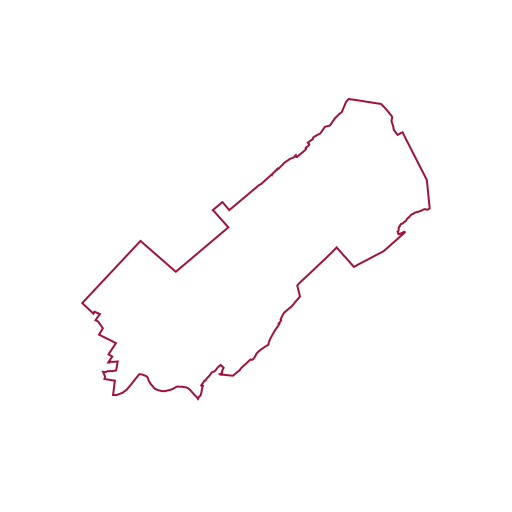 Calopar, Dolj, Romania (Natural Earth projection), rotated 126°
{"feature_id": "2599482B22631424246378", "entity_name": "Calopar", "entity_type": "district", "adm_level": 2, "iso_a3": "ROU", "parent_name": "Romania", "parent_adm1": "Dolj", "projection": "natural_earth1", "projection_center": [23.749, 44.163], "detail": "fine", "context": "isolated", "style": "outline", "palette": "rose", "viewbox_px": 512, "rotation_deg": 126, "n_neighbors": 0, "source": "geoboundaries", "source_scale": "gbopen_adm2", "svg_char_len": 4800}
<svg xmlns="http://www.w3.org/2000/svg" viewBox="0 0 512 512"><g transform="rotate(126 256 256)"><path d="M402.0,344.6L404.5,337.4L411.9,336.8L408.8,318.1L422.3,317.5L421.8,313.2L429.0,312.9L428.3,311.9L427.4,312.0L425.2,308.8L422.6,305.9L430.7,301.9L433.3,304.2L434.2,305.5L435.3,306.8L436.5,308.4L438.0,309.3L438.7,310.0L439.6,311.7L442.2,307.3L444.6,306.3L439.8,296.9L452.5,289.9L452.2,289.4L450.6,287.2L445.2,283.6L442.6,282.8L440.0,282.0L432.9,281.5L426.1,281.3L423.3,281.1L420.5,281.0L419.9,280.5L419.8,280.2L419.2,279.2L418.7,278.0L417.9,275.1L417.7,273.0L418.4,271.6L420.0,269.4L421.4,266.0L422.2,262.6L422.9,259.9L422.0,256.2L420.6,252.7L418.8,250.1L417.2,248.9L415.1,246.9L412.5,245.2L410.8,244.5L408.2,243.2L407.9,243.0L406.5,240.8L405.3,239.1L403.5,235.4L403.1,234.7L402.9,231.7L403.6,228.4L404.0,226.4L404.5,224.2L404.8,222.2L405.2,220.1L405.7,218.8L405.4,218.8L404.8,219.4L402.9,219.2L401.9,219.0L400.8,219.1L400.1,219.3L399.5,219.6L398.4,220.0L397.2,220.6L394.9,221.7L394.2,222.0L393.2,222.4L392.6,222.5L392.1,222.7L392.3,223.3L392.8,224.0L393.7,224.4L391.7,224.2L390.4,224.3L389.4,224.3L389.0,224.4L388.1,224.4L387.8,224.4L387.3,224.4L386.7,224.2L386.4,223.9L386.4,223.7L385.9,223.7L384.3,223.8L382.4,223.7L382.0,223.5L381.7,223.4L381.0,223.4L380.4,223.4L379.4,223.3L377.5,223.4L376.6,223.2L375.9,223.2L375.2,222.9L374.7,222.4L374.1,222.0L373.0,221.7L371.6,221.6L371.1,221.4L370.4,221.5L369.5,221.5L367.7,221.3L367.3,221.3L366.7,221.0L365.9,220.8L365.0,220.6L365.4,216.5L367.2,216.1L368.4,216.0L369.0,215.7L369.6,215.5L369.9,215.0L370.4,214.7L371.1,214.6L371.3,214.8L371.4,215.1L372.0,215.4L372.6,215.4L372.8,215.6L372.8,214.8L371.4,212.9L368.5,207.8L366.4,204.3L357.5,202.0L356.6,202.2L355.9,202.2L352.5,201.5L348.0,200.6L343.0,199.7L342.8,199.1L342.6,198.5L341.9,197.9L341.0,197.7L339.1,197.6L337.0,197.8L334.8,198.2L332.1,197.9L328.9,197.1L325.6,195.9L322.8,194.9L320.6,193.8L317.4,195.2L313.9,195.9L309.1,196.5L304.3,197.0L299.7,197.0L297.9,197.2L297.3,197.2L297.4,197.9L296.7,197.9L295.9,197.8L294.9,197.8L294.3,197.8L293.6,197.8L293.2,197.8L292.9,198.1L292.8,198.5L292.7,198.9L291.5,199.1L290.3,199.3L286.6,199.9L285.9,199.9L285.5,199.9L284.4,199.7L282.4,199.2L280.8,198.8L279.5,198.5L278.0,198.1L276.8,197.7L275.6,197.6L273.9,197.4L272.3,197.3L270.5,197.2L268.6,197.1L265.8,196.8L264.1,196.7L262.9,196.6L262.1,197.6L260.7,199.2L258.7,201.6L257.8,202.7L256.7,204.0L256.2,204.6L255.8,205.1L255.6,205.3L252.2,204.9L249.8,204.5L243.8,203.3L236.5,201.9L226.7,200.1L216.7,198.2L209.8,197.0L201.9,195.8L201.7,195.8L202.0,194.7L202.3,193.1L202.6,191.5L203.2,188.8L203.8,186.7L204.5,182.7L205.3,179.3L206.8,172.5L207.2,170.3L201.9,167.9L199.8,166.8L198.5,166.2L193.8,163.8L184.7,159.4L182.4,158.2L180.0,157.0L178.6,156.3L176.7,155.5L175.6,155.2L172.8,154.6L170.8,154.2L169.7,153.9L167.9,153.5L166.5,153.3L165.5,153.0L161.2,152.0L157.4,151.2L153.8,150.4L151.6,149.9L150.5,149.6L149.5,149.5L149.2,149.7L149.1,150.0L149.3,150.2L149.8,150.6L152.8,152.2L153.7,152.7L154.1,152.9L153.9,153.1L154.0,153.2L154.1,153.4L154.1,153.5L154.4,154.0L153.8,154.5L153.1,155.3L153.1,155.7L152.1,155.6L151.3,155.8L150.6,156.1L150.2,156.4L149.9,156.8L149.7,156.9L149.3,157.1L148.7,157.3L148.1,157.3L147.8,157.3L147.6,157.1L147.3,157.2L146.9,157.5L146.2,157.5L145.8,157.5L145.3,157.5L144.7,157.4L144.4,157.2L144.0,156.8L143.5,156.6L143.0,156.3L142.6,156.3L141.4,156.1L140.5,155.7L139.8,155.4L139.4,155.4L138.5,155.5L137.1,155.5L136.2,155.4L135.7,155.3L135.1,155.2L134.9,155.0L134.2,155.0L133.2,154.9L131.6,154.7L131.1,154.6L130.6,154.4L130.3,154.2L129.6,153.6L129.1,153.4L128.4,153.2L127.9,153.1L127.4,152.9L127.2,152.7L126.9,152.3L126.4,152.1L126.2,152.0L126.0,151.7L125.6,151.3L124.9,150.8L124.7,150.6L123.2,149.6L122.4,149.1L121.7,148.6L120.5,148.2L119.4,147.4L118.6,146.7L118.4,145.7L118.3,145.3L117.9,144.7L117.4,144.3L117.0,144.1L116.7,144.0L115.5,143.4L115.8,143.1L94.6,162.0L93.6,163.2L93.5,163.6L86.1,178.2L80.0,190.2L69.8,210.2L74.8,212.7L72.9,218.8L70.7,220.9L67.3,225.6L63.7,227.4L63.2,228.0L61.5,234.1L60.1,240.4L59.5,244.3L62.1,249.2L70.4,265.5L74.6,273.4L78.5,273.7L89.1,271.2L92.1,272.1L98.6,273.1L106.6,272.9L107.6,273.3L110.9,276.2L119.1,276.0L121.5,277.3L126.1,279.3L127.3,279.3L127.8,278.7L133.8,280.7L134.3,278.5L136.0,278.4L139.4,279.4L140.0,278.3L140.9,278.4L145.3,279.4L147.0,279.9L151.8,281.0L152.0,281.4L151.6,282.3L151.0,283.1L151.9,283.3L152.9,282.9L154.7,283.8L155.6,284.4L157.2,285.5L164.2,288.0L165.7,288.1L171.7,289.0L173.4,289.5L173.0,289.9L173.6,290.0L179.9,290.9L180.5,290.8L180.3,291.1L194.9,294.2L197.1,295.3L234.6,304.6L232.1,314.7L232.2,314.9L244.3,317.9L244.6,315.7L246.6,306.5L249.1,295.2L249.4,295.3L315.9,311.6L311.7,358.3L396.2,368.9L398.2,353.6L396.0,354.0L394.7,348.2L402.3,348.1L401.8,345.0L402.0,344.6Z" fill="none" stroke="#9f1239" stroke-width="2"/></g></svg>